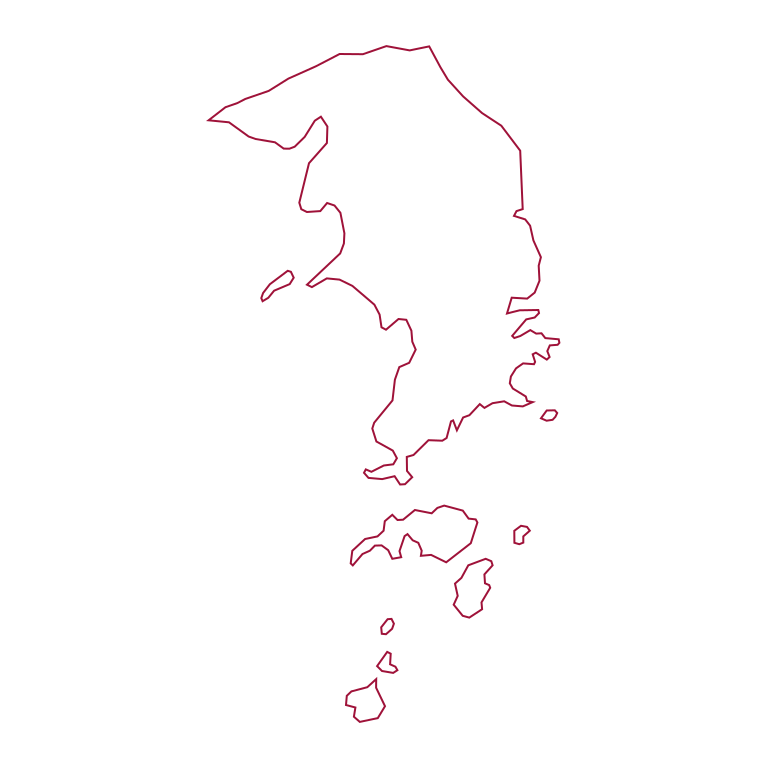 Cholsan, P'yŏngan-bukto, North Korea (Natural Earth projection)
{"feature_id": "82179303B45759472884401", "entity_name": "Cholsan", "entity_type": "district", "adm_level": 2, "iso_a3": "PRK", "parent_name": "North Korea", "parent_adm1": "P'yŏngan-bukto", "projection": "natural_earth1", "projection_center": [124.652, 39.648], "detail": "fine", "context": "isolated", "style": "outline", "palette": "rose", "viewbox_px": 768, "rotation_deg": 0, "n_neighbors": 0, "source": "geoboundaries", "source_scale": "gbopen_adm2", "svg_char_len": 3181}
<svg xmlns="http://www.w3.org/2000/svg" viewBox="0 0 768 768"><path d="M417.9,48.7L409.7,50.4L386.4,46.1L362.9,54.2L339.6,54.0L315.9,66.3L288.4,78.6L268.7,90.9L245.2,99.0L237.3,103.1L225.5,107.2L208.6,120.3L229.0,122.3L248.6,136.5L255.6,139.0L275.0,142.3L283.7,148.6L289.4,148.7L294.7,146.7L304.7,136.9L314.8,120.7L320.9,116.7L327.4,126.5L326.9,143.0L309.0,163.2L299.3,202.7L301.3,209.2L306.9,212.0L315.6,211.4L320.3,211.1L327.1,203.0L334.5,205.5L340.4,212.8L344.4,233.3L343.9,243.5L340.2,253.4L307.0,284.7L311.9,287.1L326.8,278.4L339.5,279.6L352.4,285.9L368.6,299.7L374.4,304.7L379.6,314.6L381.5,327.3L386.0,329.7L398.5,319.0L406.3,319.8L411.4,330.7L412.3,341.7L415.7,349.6L409.2,362.8L399.3,367.1L394.9,379.7L392.5,400.4L374.2,422.7L372.3,428.5L372.9,430.4L376.4,441.5L392.8,450.6L396.9,458.2L393.3,464.3L383.8,465.5L371.4,471.8L365.8,469.4L364.0,472.8L368.5,477.9L382.2,479.1L394.6,476.2L400.1,484.5L405.0,484.2L412.2,477.2L407.0,470.9L406.8,456.9L413.5,455.0L428.5,440.2L431.6,440.3L442.3,440.7L446.6,438.0L451.0,421.4L453.1,420.4L456.9,430.3L463.1,417.5L469.4,415.2L479.8,404.1L484.4,407.9L492.5,403.2L504.2,401.3L511.9,405.5L522.8,406.4L532.7,402.1L527.1,401.0L525.8,396.5L512.8,388.5L509.8,383.3L510.9,376.5L516.0,368.4L518.5,366.6L523.1,363.4L534.0,364.2L535.1,361.9L532.7,354.3L535.9,352.7L546.8,359.6L549.6,357.0L547.3,351.1L549.8,345.4L557.6,344.8L559.4,342.8L558.7,339.3L545.3,338.1L541.5,333.3L536.2,333.6L530.3,330.1L520.3,336.0L514.3,338.0L512.2,335.9L526.2,319.4L534.7,317.5L539.0,313.1L538.3,310.0L519.7,310.3L513.2,311.9L507.0,313.5L511.7,297.7L527.2,298.6L534.7,292.6L539.5,280.7L538.7,265.7L540.9,257.2L533.4,240.4L530.1,225.7L525.2,219.4L514.0,215.9L516.5,211.1L522.7,209.1L520.2,150.7L501.3,125.7L482.1,113.1L463.1,96.4L447.9,79.7L440.4,67.2L429.2,46.4L417.9,48.7ZM462.8,510.6L444.2,505.6L437.4,507.9L431.7,513.3L414.9,510.0L403.1,519.7L397.5,520.0L392.3,514.8L384.8,521.2L383.6,530.7L377.5,536.4L365.1,539.0L352.3,550.8L350.7,563.4L352.8,565.4L362.5,554.0L369.9,550.7L374.9,545.6L381.6,545.4L388.2,550.2L392.3,558.8L401.2,557.2L399.5,551.1L404.6,536.1L407.5,534.1L412.7,540.3L418.3,542.8L421.7,550.7L420.9,555.8L431.1,554.9L446.2,562.3L470.8,543.2L475.4,528.7L477.4,522.5L475.7,519.4L468.6,518.6L462.8,510.6ZM482.1,609.2L481.5,602.4L490.2,587.8L489.2,585.1L485.0,583.3L484.4,574.4L492.6,565.3L491.3,561.2L485.7,558.8L468.3,565.3L461.4,577.9L455.0,583.6L457.7,595.9L453.7,604.7L462.7,615.8L469.3,617.6L482.1,609.2ZM377.8,718.1L385.0,706.2L376.1,687.7L376.2,679.1L367.3,687.2L351.4,691.4L346.8,695.8L346.0,705.0L355.4,707.5L353.9,716.7L359.8,721.9L377.8,718.1ZM268.3,297.8L274.1,290.7L289.7,284.1L293.7,277.7L290.9,271.8L287.7,270.8L269.9,284.2L263.1,293.0L261.3,298.1L262.6,301.2L268.3,297.8ZM397.4,670.2L395.4,666.7L390.1,664.3L390.7,653.7L387.2,651.9L377.1,666.1L382.0,671.0L393.2,672.9L397.4,670.2ZM523.3,542.6L523.3,536.4L529.8,530.7L527.0,526.9L521.0,525.8L514.3,530.8L514.4,542.8L519.3,544.2L523.3,542.6ZM392.1,628.8L393.9,623.7L391.5,618.9L387.6,619.2L381.2,627.3L381.8,633.8L386.0,634.2L392.1,628.8ZM552.6,419.8L555.4,416.8L557.2,413.0L554.8,410.3L546.7,410.5L541.0,418.3L546.6,420.7L552.6,419.8Z" fill="none" stroke="#9f1239" stroke-width="2"/></svg>